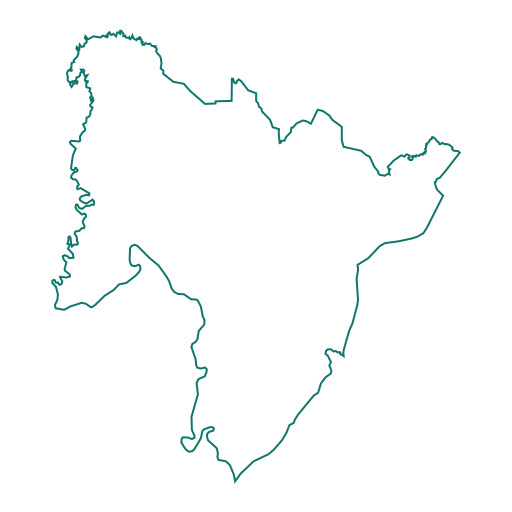 Mueang Yasothon, Yasothon, Thailand (Equal Earth projection)
{"feature_id": "78962969B68944208488638", "entity_name": "Mueang Yasothon", "entity_type": "district", "adm_level": 2, "iso_a3": "THA", "parent_name": "Thailand", "parent_adm1": "Yasothon", "projection": "equal_earth", "projection_center": [104.128, 15.832], "detail": "fine", "context": "isolated", "style": "outline", "palette": "teal", "viewbox_px": 512, "rotation_deg": 0, "n_neighbors": 0, "source": "geoboundaries", "source_scale": "gbopen_adm2", "svg_char_len": 5799}
<svg xmlns="http://www.w3.org/2000/svg" viewBox="0 0 512 512"><path d="M343.7,356.1L343.3,352.8L344.0,349.0L349.0,331.3L352.5,323.2L357.4,304.6L358.0,299.9L356.6,278.8L358.1,269.6L357.5,264.9L368.4,258.1L379.6,246.2L385.0,243.1L398.7,241.3L411.7,238.5L417.2,236.7L423.4,233.2L427.1,227.3L443.1,195.7L437.3,189.9L435.8,186.8L434.9,182.1L436.0,181.4L436.9,179.0L439.9,177.7L445.6,170.9L459.8,152.6L458.2,151.2L453.8,150.7L452.0,149.1L452.6,147.5L449.1,144.7L445.9,143.9L445.2,144.4L442.0,142.8L440.8,144.1L439.4,144.2L438.5,142.1L437.0,141.3L435.1,138.5L432.5,137.0L431.8,137.4L431.6,139.2L430.1,139.6L428.8,142.1L426.3,143.9L426.9,144.7L426.1,145.1L426.1,147.8L425.1,148.9L426.0,150.6L425.5,152.3L424.8,152.0L424.7,153.4L423.4,152.9L422.8,154.7L421.0,154.1L419.0,155.9L416.5,155.3L415.8,156.7L415.1,155.9L413.8,156.6L412.8,155.8L412.1,156.3L412.7,158.5L412.0,159.9L409.8,160.1L409.5,159.0L408.4,158.7L408.3,157.9L409.7,156.9L409.6,155.6L407.3,154.5L406.4,154.4L404.6,156.6L401.2,155.3L393.8,160.5L387.8,166.8L388.8,169.1L390.0,169.3L388.9,171.1L389.5,174.5L387.8,173.8L384.9,175.7L379.6,174.8L378.3,173.2L378.3,171.8L374.3,166.7L369.7,156.7L366.1,155.0L361.2,150.8L343.6,146.8L341.8,140.2L341.8,126.9L332.4,119.9L329.2,115.4L322.9,111.0L317.7,109.8L310.9,123.7L305.8,121.0L302.8,120.5L296.6,123.4L292.8,127.7L291.4,127.7L290.9,132.0L286.0,137.1L284.7,140.5L281.2,140.9L280.6,142.8L279.6,143.1L278.7,132.3L279.0,129.1L272.8,127.3L270.0,119.7L262.1,111.6L261.4,108.6L259.0,106.7L258.1,103.4L256.1,100.8L256.2,93.3L248.2,90.3L241.2,81.2L238.6,79.4L237.0,81.0L236.4,82.9L235.4,83.3L234.4,82.8L233.0,78.7L231.9,78.7L231.6,100.9L215.6,101.3L215.5,103.5L205.0,103.9L190.5,91.3L183.8,83.8L173.4,81.8L163.2,73.8L163.4,70.7L160.7,68.5L161.5,63.6L160.9,58.3L159.7,55.7L156.8,52.7L156.1,50.8L156.8,49.4L156.5,48.1L154.9,47.2L155.5,46.2L152.1,46.0L149.9,43.5L148.2,44.1L145.4,43.1L144.5,44.7L143.1,44.0L142.7,44.7L141.6,42.6L142.7,41.8L141.4,41.0L141.5,39.7L139.8,37.1L138.7,37.8L139.2,39.1L137.1,38.8L136.5,40.2L133.7,38.6L132.4,35.5L131.8,37.1L132.3,37.7L130.7,38.3L130.4,39.2L129.2,38.5L129.1,37.3L128.4,37.9L125.5,37.3L125.2,35.6L123.3,36.0L123.4,33.8L121.1,30.7L120.1,30.8L120.6,33.0L120.2,33.9L118.1,32.3L117.2,32.5L116.0,36.3L113.4,33.8L111.8,34.9L110.2,34.5L110.2,33.2L109.3,32.2L107.8,33.8L107.8,34.9L106.6,35.4L107.6,36.6L107.2,37.3L102.8,35.6L100.6,37.5L93.5,36.3L87.4,39.7L86.8,37.6L85.4,36.1L84.9,38.1L86.5,40.0L86.6,42.4L84.4,44.1L84.0,46.3L81.7,47.0L79.7,44.6L79.3,49.3L76.8,47.0L76.4,48.7L78.3,51.2L78.5,53.4L77.3,56.6L73.7,60.1L74.2,62.0L71.7,62.9L71.4,67.2L70.4,68.8L71.8,69.6L71.5,70.8L68.3,70.3L67.6,71.5L66.9,73.9L67.9,76.6L67.6,80.1L69.4,82.4L70.9,81.9L70.0,84.4L71.5,86.9L73.4,84.3L72.5,82.5L72.9,81.2L75.4,80.9L75.0,83.2L77.1,83.6L77.6,81.8L76.0,80.0L76.5,77.4L78.3,77.1L80.0,75.3L80.5,72.5L82.2,72.1L80.9,69.6L83.3,69.6L84.3,70.5L83.7,72.8L84.9,76.2L87.3,75.2L84.8,79.7L85.4,81.1L87.8,81.2L87.7,82.2L86.1,83.4L86.4,87.2L90.3,88.4L89.4,91.3L91.2,93.2L91.4,95.9L90.1,97.4L91.1,100.4L92.7,97.8L93.5,100.5L90.1,105.0L90.4,106.3L92.4,107.4L92.2,109.0L90.5,111.1L90.2,114.9L88.7,116.9L86.6,117.6L86.2,122.5L83.1,124.2L85.3,129.2L84.8,130.8L82.9,131.9L80.4,135.7L79.9,137.3L80.3,140.6L78.7,141.5L71.4,140.8L70.0,141.8L70.4,143.6L75.8,148.6L72.9,155.2L71.0,168.4L72.2,170.0L74.0,170.3L75.2,168.0L76.0,167.9L77.7,170.3L77.0,171.4L73.6,172.7L71.5,175.4L71.0,177.6L73.2,179.4L75.5,179.5L77.2,181.1L78.8,184.7L77.0,186.8L77.4,189.2L80.6,188.1L89.4,193.4L89.0,195.4L86.1,194.8L81.1,196.6L79.6,198.8L80.2,200.4L83.9,202.8L86.6,203.5L92.6,199.6L94.0,201.7L94.1,203.9L93.5,204.9L92.0,204.5L89.6,205.8L86.1,205.9L82.0,208.9L79.2,207.9L77.3,204.5L76.0,204.8L75.5,207.2L76.4,209.5L81.8,214.4L84.5,213.6L85.9,214.8L85.9,216.7L84.0,218.7L82.7,222.0L84.6,226.8L83.9,228.2L81.8,228.2L78.9,231.1L76.0,231.3L74.8,232.4L74.8,234.0L76.7,236.8L77.0,241.2L78.0,243.0L77.4,244.6L74.1,244.6L72.0,246.5L71.0,243.1L70.6,238.0L69.6,236.4L68.5,237.0L68.5,240.1L67.4,243.8L69.3,244.3L69.6,245.2L68.0,248.7L72.9,253.9L73.4,257.8L69.3,258.1L67.8,256.4L64.6,255.2L62.8,256.3L63.6,259.5L66.4,262.5L64.7,268.5L64.8,270.5L69.6,274.4L70.0,276.4L66.3,277.5L60.2,276.7L60.2,277.8L62.3,281.3L61.8,283.6L60.3,284.7L59.3,284.6L58.0,282.6L55.7,282.6L54.9,280.3L53.5,279.9L52.5,280.7L52.2,282.8L56.0,287.0L57.9,294.5L57.4,299.8L54.9,305.1L55.7,308.3L64.2,309.8L70.7,306.3L81.7,302.8L85.9,303.8L90.6,307.1L92.0,307.1L95.1,305.0L104.7,295.7L113.8,289.9L119.0,284.4L126.4,282.9L135.6,275.7L139.5,271.4L140.4,268.8L140.1,266.1L138.8,264.7L135.0,266.2L131.4,265.3L130.0,262.2L129.6,258.9L130.1,248.3L131.3,246.2L134.5,244.8L137.5,245.9L149.5,258.0L158.6,265.5L166.5,276.6L169.0,280.9L171.8,288.7L173.7,291.5L177.8,293.9L184.0,294.3L191.1,299.3L196.1,299.5L197.8,300.6L200.8,306.3L202.8,316.4L204.5,320.1L204.3,324.4L198.7,331.0L197.5,339.0L195.5,341.9L192.4,343.9L191.4,347.0L195.6,359.2L196.2,365.3L197.4,367.7L200.8,368.5L205.1,367.5L206.7,369.2L206.7,371.4L204.8,376.3L198.6,379.0L196.6,383.0L197.9,394.3L191.5,416.8L191.9,430.0L194.5,435.8L194.5,437.8L191.9,439.0L188.1,437.6L183.2,437.2L181.7,438.6L181.3,442.4L184.9,448.3L187.6,451.0L189.1,451.7L192.2,451.2L194.1,449.6L199.6,440.5L201.0,437.7L202.3,431.4L203.9,429.3L210.6,427.0L213.3,427.6L213.9,428.6L213.3,430.6L209.1,431.9L207.3,433.7L206.9,435.8L207.9,440.1L216.8,448.3L217.9,453.2L217.4,457.3L218.5,459.9L225.9,461.3L229.8,465.0L233.7,474.2L235.1,481.3L240.7,473.6L253.6,461.3L268.3,454.3L273.4,450.1L282.0,440.2L286.4,432.8L289.4,425.2L293.7,422.9L294.8,419.8L298.2,414.4L313.9,395.4L318.1,392.8L320.9,383.5L325.5,377.3L330.7,373.7L331.3,371.7L331.2,369.9L329.3,365.6L331.0,362.2L327.6,355.4L325.5,353.9L325.9,351.1L327.7,349.4L331.0,349.3L333.6,351.5L335.7,351.0L337.8,352.5L339.4,352.0L340.3,352.7L340.2,353.9L343.7,356.1Z" fill="none" stroke="#0f766e" stroke-width="2"/></svg>